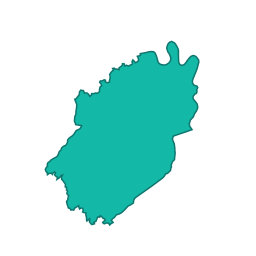 São Miguel do Iguaçu, Paraná, Brazil, rotated 226°
{"feature_id": "56859067B79605387637563", "entity_name": "São Miguel do Iguaçu", "entity_type": "district", "adm_level": 2, "iso_a3": "BRA", "parent_name": "Brazil", "parent_adm1": "Paraná", "projection": "natural_earth1", "projection_center": [-54.239, -25.398], "detail": "fine", "context": "isolated", "style": "filled", "palette": "teal", "viewbox_px": 256, "rotation_deg": 226, "n_neighbors": 0, "source": "geoboundaries", "source_scale": "gbopen_adm2", "svg_char_len": 3662}
<svg xmlns="http://www.w3.org/2000/svg" viewBox="0 0 256 256"><g transform="rotate(226 128 128)"><path d="M68.0,118.1L68.1,120.6L68.8,123.0L67.9,125.1L67.9,126.7L67.9,129.1L69.1,130.5L69.8,132.2L71.2,133.2L72.9,136.5L72.9,139.4L74.3,141.0L76.8,144.0L78.1,145.3L79.2,145.9L80.3,147.1L81.7,148.2L84.5,150.3L89.2,152.2L90.7,155.0L82.3,172.9L83.8,173.2L86.4,173.6L88.5,175.0L90.4,178.5L90.6,182.7L92.1,185.9L92.7,189.1L94.1,192.2L95.9,193.6L97.5,194.5L100.1,194.8L103.0,195.0L104.8,195.9L105.6,196.9L105.9,199.9L105.4,201.3L106.3,203.0L107.7,203.9L108.7,206.3L110.3,206.7L111.9,205.7L113.6,205.2L115.9,205.9L117.1,207.0L118.3,209.1L119.5,211.9L122.6,218.8L123.5,220.3L125.1,222.9L126.1,224.6L127.8,226.0L129.1,226.2L131.1,226.5L132.5,226.4L134.2,225.8L135.2,224.7L135.8,222.9L135.8,221.5L135.6,219.4L135.3,217.5L135.0,216.0L134.7,214.6L134.6,212.2L135.7,210.2L137.7,209.4L139.7,210.0L141.1,211.0L142.5,212.3L143.8,213.4L146.0,215.5L148.8,218.2L150.2,219.0L152.6,219.8L155.5,220.5L157.2,220.5L160.0,219.5L160.8,217.5L160.8,215.8L160.3,214.4L159.7,213.1L158.5,211.3L156.6,210.3L154.9,209.5L152.8,209.2L151.5,208.7L150.3,208.3L148.6,207.4L147.6,206.4L146.7,204.6L146.4,202.3L146.8,200.5L147.3,198.9L148.1,197.8L149.9,196.4L151.1,195.6L153.4,195.2L155.3,195.8L157.5,197.1L159.8,198.3L161.0,198.8L163.3,199.6L165.1,199.4L166.9,197.8L168.2,196.1L169.4,194.0L170.8,191.7L173.0,188.5L171.6,187.4L172.3,186.0L173.1,184.5L171.1,183.9L169.1,182.4L169.2,180.6L169.9,178.6L171.4,178.9L173.6,178.8L172.8,176.8L171.5,176.2L170.9,174.9L171.7,173.4L172.2,171.3L174.2,170.5L174.9,168.8L177.0,169.8L178.1,168.7L177.1,167.5L177.1,165.9L177.5,163.4L176.2,162.1L177.6,161.3L179.3,159.8L180.6,159.7L181.5,158.3L179.8,157.9L179.9,155.9L179.7,153.8L179.3,152.0L178.2,151.6L176.1,149.5L175.2,147.8L173.9,146.7L174.8,144.7L177.0,143.7L178.0,145.0L179.2,144.4L179.9,142.0L181.1,140.8L180.5,139.3L178.4,139.3L176.6,138.3L177.0,136.8L176.1,135.0L175.2,134.0L174.2,133.0L174.0,131.6L174.4,129.8L175.5,129.3L176.8,126.9L178.0,125.7L177.0,124.3L177.4,122.4L179.0,123.0L181.2,123.0L182.4,122.2L183.3,120.9L185.8,121.9L187.1,121.0L188.1,120.3L187.7,118.3L185.8,115.9L185.4,112.8L185.1,110.9L185.7,109.7L184.0,108.9L181.9,108.1L180.5,107.4L178.9,105.8L175.6,101.5L174.3,100.5L173.0,97.4L171.8,96.2L170.8,94.9L169.7,93.9L168.2,93.6L166.8,92.7L161.9,96.3L161.0,93.9L160.9,92.4L161.7,90.4L162.1,88.7L161.2,85.1L161.0,82.6L161.4,80.6L161.6,78.1L161.3,76.3L160.0,74.9L159.0,72.7L158.8,71.2L159.7,68.9L159.8,66.5L158.7,64.2L158.8,62.3L157.9,60.5L156.8,57.8L157.0,56.0L157.4,54.7L157.9,52.8L158.5,50.0L158.3,48.5L158.7,46.5L157.8,44.4L156.5,43.7L156.4,41.9L155.7,39.8L153.6,38.8L152.0,38.9L150.4,37.6L150.1,39.7L148.6,41.6L147.2,41.3L147.6,42.7L147.4,44.7L146.1,44.8L145.4,42.6L143.3,42.6L141.5,43.1L140.4,41.2L139.8,44.4L140.3,46.5L139.7,48.1L139.0,46.2L137.0,44.5L135.4,44.7L133.9,44.3L131.1,44.0L129.2,41.9L127.9,42.6L126.2,40.7L124.4,40.6L123.6,38.7L122.2,38.2L120.7,38.5L119.8,36.8L118.2,34.8L117.8,32.7L115.1,31.0L113.7,30.6L112.1,29.5L110.5,30.4L108.6,29.9L107.9,31.1L106.6,31.9L107.4,34.0L106.4,38.5L104.9,37.5L103.4,36.9L103.1,38.6L101.7,39.6L100.0,38.7L99.2,37.0L97.6,37.6L96.2,38.8L94.8,37.3L92.3,35.9L90.9,34.5L89.7,33.8L89.3,37.3L88.3,36.5L87.3,35.1L84.7,34.8L83.5,35.0L82.4,37.4L84.0,37.9L83.1,40.0L85.1,44.5L83.5,45.7L84.2,47.2L83.0,47.3L81.3,47.6L80.2,47.2L79.1,48.1L77.6,47.8L77.7,44.2L76.4,44.0L75.3,44.7L74.7,46.7L72.9,47.8L70.9,47.5L71.0,49.6L70.3,51.6L73.3,52.0L73.4,54.1L73.1,55.9L73.6,59.3L72.2,62.1L71.5,65.0L71.5,69.0L71.8,73.8L70.8,76.9L70.3,79.8L71.3,80.9L72.2,82.2L72.7,83.9L72.6,86.0L72.2,88.5L69.6,105.5L68.0,118.1Z" fill="#14b8a6" stroke="#0f766e" stroke-width="1.5"/></g></svg>